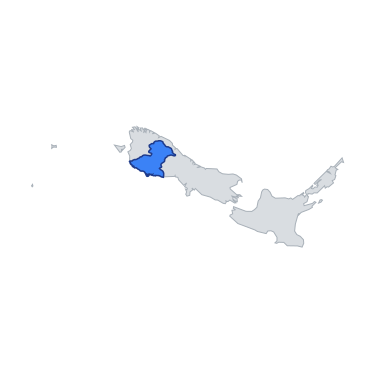 Otago on a map of New Zealand (orthographic projection), rotated 76°
{"feature_id": "NZL-3407", "entity_name": "Otago", "entity_type": "Regional Council", "adm_level": 1, "iso_a3": "NZL", "parent_name": "New Zealand", "parent_adm1": "", "projection": "orthographic", "projection_center": [169.783, -45.312], "detail": "fine", "context": "in_parent", "style": "filled", "palette": "blue", "viewbox_px": 384, "rotation_deg": 76, "n_neighbors": 0, "source": "natural_earth", "source_scale": "10m", "svg_char_len": 7127}
<svg xmlns="http://www.w3.org/2000/svg" viewBox="0 0 384 384"><g transform="rotate(76 192 192)"><path d="M196.8,154.0L198.3,154.2L205.1,149.5L207.8,148.5L208.5,148.4L207.0,149.9L207.3,151.0L205.6,154.3L206.9,153.8L207.8,151.5L208.7,151.1L208.4,149.7L212.3,150.4L210.9,152.7L208.7,154.0L210.0,154.1L213.1,151.8L213.0,153.3L209.0,157.2L210.0,159.5L208.9,161.3L210.0,161.1L211.4,162.6L210.5,164.5L206.1,169.0L205.3,171.4L201.4,175.4L197.0,183.1L189.4,187.9L190.7,189.3L188.1,191.1L190.1,190.8L191.4,193.9L194.7,195.0L194.8,197.9L192.7,198.6L190.6,197.2L187.6,197.6L188.6,196.4L187.3,195.6L185.0,197.9L181.9,195.0L183.5,198.4L177.0,202.0L174.4,202.2L173.4,204.3L171.9,204.4L172.7,205.0L170.5,215.5L168.7,215.4L170.3,216.6L170.1,217.6L167.9,220.6L165.0,228.6L166.0,230.5L165.8,231.8L160.5,233.8L152.8,243.4L145.9,244.8L142.0,243.7L137.5,244.5L136.7,241.8L135.1,240.3L131.0,240.5L129.1,237.6L127.4,236.9L125.4,238.5L119.0,238.4L117.8,238.0L117.6,236.9L119.9,233.8L117.7,235.5L116.8,235.4L117.6,234.0L117.5,232.7L114.8,234.1L115.0,231.5L120.8,229.6L118.4,229.4L118.3,228.5L120.5,226.5L117.4,226.8L117.9,224.5L119.6,224.4L118.9,222.8L122.4,224.4L121.9,222.8L123.2,222.3L120.8,221.2L120.7,219.5L121.9,218.2L123.5,218.7L122.4,217.3L125.2,214.3L125.9,216.5L126.0,213.3L129.6,210.2L131.2,211.3L130.5,208.6L136.6,201.3L140.0,199.3L141.9,199.6L145.1,197.4L146.5,198.2L146.0,196.6L146.4,195.9L154.6,191.8L154.6,190.4L155.5,190.2L154.9,189.9L159.7,185.4L161.6,185.7L160.5,184.4L162.4,183.3L164.3,184.2L163.3,182.8L165.0,182.0L165.9,183.2L166.0,181.4L168.9,177.9L169.4,180.7L169.7,180.3L169.6,177.5L171.7,174.2L173.3,173.5L172.6,172.5L175.7,162.2L178.9,161.0L181.7,158.0L183.7,152.3L184.4,147.9L186.3,144.8L191.2,140.8L195.1,141.0L192.3,141.3L191.9,143.4L192.7,145.2L195.5,146.6L196.8,154.0ZM198.8,39.6L203.1,47.3L205.4,45.1L205.7,46.8L210.0,49.1L210.9,48.4L214.4,50.6L214.9,53.2L217.4,52.5L220.2,58.3L219.6,59.7L220.5,61.8L218.0,61.8L223.2,70.8L222.3,73.8L223.1,75.9L221.6,79.7L223.8,81.0L224.7,80.1L229.3,82.8L230.3,86.5L232.4,86.5L232.2,77.8L230.9,75.5L232.0,74.2L234.8,79.0L236.0,78.9L237.2,82.8L238.2,91.0L239.9,93.7L238.9,93.2L238.7,93.8L239.6,94.6L248.2,99.5L254.8,101.9L258.7,100.6L261.3,97.6L265.3,95.4L268.8,96.0L272.1,98.5L269.8,102.8L267.2,112.6L263.1,115.1L261.7,120.1L262.3,122.2L261.4,123.8L260.0,121.4L256.6,120.5L250.5,122.4L248.7,124.8L248.2,127.9L250.3,130.1L246.1,138.1L244.0,140.2L233.7,155.1L224.6,161.2L223.6,160.6L223.0,157.8L219.4,157.7L219.8,154.6L219.4,154.3L217.9,155.9L216.3,155.2L223.8,144.3L225.3,138.7L224.2,135.6L222.5,132.7L216.8,130.0L214.2,127.0L208.8,124.4L207.2,122.9L206.7,121.0L207.9,118.0L211.0,116.3L215.4,115.4L218.2,112.6L220.2,103.1L222.1,99.8L221.7,97.6L223.5,96.2L221.1,90.0L221.8,88.2L221.0,87.9L219.5,83.9L220.5,83.8L221.4,86.0L222.5,84.3L224.2,84.0L222.3,81.5L219.8,82.0L218.1,81.2L217.0,77.5L214.6,73.4L215.4,73.3L217.4,75.4L218.2,73.9L216.9,71.5L217.6,69.3L215.9,67.9L215.7,69.3L212.8,67.0L211.2,63.3L211.2,65.2L214.4,70.6L213.4,71.6L212.8,71.0L204.5,56.8L207.6,53.2L205.8,53.8L204.0,56.1L203.2,55.1L202.7,53.3L200.6,50.9L201.7,49.6L201.7,47.8L195.2,38.1L200.0,37.8L198.8,39.6ZM132.5,246.1L134.8,249.6L133.6,249.4L133.6,250.1L136.0,250.9L136.0,252.4L127.7,255.9L130.8,249.7L130.5,246.2L132.5,246.1ZM114.9,315.4L115.7,317.6L113.2,316.6L111.9,317.1L113.8,314.9L113.9,312.5L115.8,312.7L114.9,315.4ZM233.0,69.2L233.4,71.9L230.7,69.7L230.7,68.3L231.5,67.4L233.0,69.2ZM207.4,147.4L205.7,148.3L206.2,146.2L208.2,144.9L207.4,147.4ZM117.6,228.7L117.5,230.0L115.1,229.6L116.9,228.1L117.6,228.7ZM147.7,344.9L148.3,345.8L147.2,346.2L146.0,344.9L147.7,344.9ZM120.1,220.5L120.7,222.5L119.1,221.6L120.1,220.5Z" fill="#d9dde1" stroke="#a8b0b8" stroke-width="1"/><path d="M170.8,216.2L170.7,216.4L170.6,216.7L169.8,218.2L168.4,219.6L167.8,221.0L167.5,222.2L167.3,222.6L167.1,223.0L167.3,223.2L167.5,223.4L167.5,223.8L167.0,224.3L166.9,224.6L166.9,224.8L167.0,224.9L167.0,225.2L166.8,225.5L166.5,225.7L166.2,226.0L166.3,226.4L166.2,226.6L165.8,226.7L165.6,226.5L165.7,226.9L165.8,227.2L165.6,227.4L165.4,227.4L165.0,227.4L164.8,227.5L164.9,227.9L165.2,227.9L164.9,228.5L164.7,228.6L164.3,229.0L164.2,229.0L164.0,229.3L164.4,229.5L164.5,229.6L164.9,229.4L165.1,229.6L165.4,229.8L165.6,230.0L165.4,230.4L164.8,230.5L164.6,230.6L164.4,231.0L164.2,231.1L163.9,231.2L163.8,231.6L163.3,231.9L163.2,232.2L163.4,232.1L163.9,232.0L164.2,231.7L164.8,231.5L164.9,231.3L165.1,230.9L165.3,230.7L165.6,230.6L165.8,230.3L166.0,230.5L166.0,231.7L165.8,231.9L165.7,232.0L165.4,232.0L165.2,232.0L164.9,232.2L164.9,232.3L162.4,232.7L161.4,233.0L160.5,233.6L159.8,234.7L159.6,235.1L159.6,235.8L159.4,236.1L159.3,236.6L159.1,236.9L158.9,237.2L158.6,237.3L158.0,237.6L157.7,237.8L157.4,238.1L157.2,238.4L157.0,238.7L155.4,239.9L154.9,240.4L154.8,241.3L154.8,241.8L154.4,242.1L154.1,242.3L153.8,242.3L153.5,242.2L153.2,242.1L152.7,242.3L152.7,242.5L153.7,242.5L153.4,243.1L153.0,243.3L152.6,243.5L152.2,243.8L151.8,243.7L151.4,243.6L151.2,243.7L151.0,243.9L150.4,244.3L150.5,244.3L150.6,244.5L150.3,244.7L150.0,244.6L149.6,244.6L149.4,245.0L149.1,244.8L149.1,244.7L148.6,244.7L148.4,244.7L148.3,244.8L148.0,245.1L147.9,245.2L147.4,245.3L147.2,245.3L147.0,245.1L147.1,244.8L147.1,244.6L147.1,243.6L147.3,243.3L147.4,242.8L147.4,242.5L146.9,241.8L146.8,241.5L146.8,241.0L146.7,240.6L146.6,240.1L146.7,239.6L146.8,239.2L146.9,238.7L146.9,237.6L146.5,236.6L146.4,236.1L146.4,235.7L146.3,235.1L145.9,234.6L145.6,234.1L145.5,233.6L145.5,233.1L145.6,232.6L145.5,232.1L145.3,231.8L145.0,231.5L144.8,231.2L144.7,230.6L144.6,230.3L144.6,230.0L144.6,229.5L144.7,229.0L144.9,228.2L145.6,226.7L146.4,224.5L146.9,224.0L146.7,223.2L145.6,222.0L145.1,221.8L144.6,222.1L143.3,224.0L142.8,224.3L142.3,224.2L141.9,224.0L141.6,223.4L140.8,222.3L140.4,221.5L140.2,221.3L138.1,222.4L137.3,222.4L136.8,222.4L136.2,222.1L136.0,221.6L136.0,221.1L135.6,220.3L135.4,219.8L135.3,219.3L135.7,217.8L135.7,217.5L135.0,217.2L134.7,216.9L134.3,216.4L134.1,215.9L133.9,215.3L133.9,214.7L134.1,214.0L134.3,212.6L134.2,212.0L134.5,210.7L134.7,210.1L135.2,209.4L135.6,208.8L136.0,208.5L136.2,208.2L137.7,208.1L140.1,206.9L140.9,206.7L141.2,206.5L141.7,206.0L142.0,205.6L142.3,204.8L142.3,204.4L142.5,204.1L142.7,203.8L143.0,203.5L143.4,203.2L143.8,202.7L144.0,202.4L144.1,202.2L144.7,201.7L145.2,201.5L145.7,201.4L146.3,201.4L147.1,201.3L147.6,201.0L147.9,201.0L148.2,201.2L148.5,201.4L148.9,201.5L149.3,201.2L149.8,200.9L150.3,200.6L150.7,200.3L151.1,200.1L151.3,199.8L151.5,199.4L151.7,199.1L152.0,199.1L152.6,199.3L152.7,200.2L152.6,200.6L152.3,201.2L152.0,201.6L151.8,202.0L151.5,202.4L151.3,202.8L151.1,203.2L151.0,203.6L151.1,206.7L151.1,207.1L151.2,207.3L151.5,207.5L151.9,207.8L152.1,208.3L152.3,209.4L152.5,209.7L152.8,209.9L153.1,209.8L153.5,210.3L154.2,211.0L155.0,210.9L155.4,211.1L155.8,211.5L156.1,212.2L156.5,213.4L156.9,214.4L157.3,215.0L157.5,215.3L157.9,215.5L158.8,215.6L159.8,215.4L160.3,215.4L160.5,215.6L160.7,215.9L160.6,216.3L160.7,216.8L160.8,217.2L161.1,217.6L161.3,217.9L162.5,217.2L164.4,215.5L164.8,215.3L165.3,215.1L165.8,215.1L166.8,214.9L169.0,215.5L170.2,216.0L170.8,216.2Z" fill="#3b82f6" stroke="#1e3a8a" stroke-width="1.5"/></g></svg>